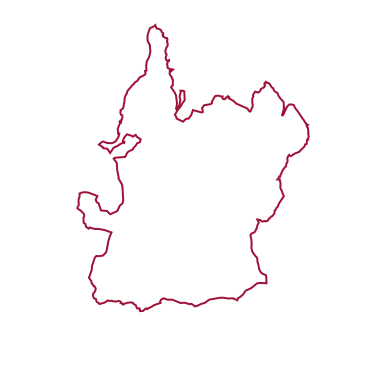 the district of Ilva Mica, Bistrita-Nasaud, Romania, rotated 23°
{"feature_id": "2599482B62914410963288", "entity_name": "Ilva Mica", "entity_type": "district", "adm_level": 2, "iso_a3": "ROU", "parent_name": "Romania", "parent_adm1": "Bistrita-Nasaud", "projection": "mercator", "projection_center": [24.67, 47.297], "detail": "fine", "context": "isolated", "style": "outline", "palette": "rose", "viewbox_px": 384, "rotation_deg": 23, "n_neighbors": 0, "source": "geoboundaries", "source_scale": "gbopen_adm2", "svg_char_len": 5930}
<svg xmlns="http://www.w3.org/2000/svg" viewBox="0 0 384 384"><g transform="rotate(23 192 192)"><path d="M239.1,296.3L241.3,294.8L244.2,291.4L247.1,289.1L250.0,284.3L258.9,278.5L262.3,277.0L266.6,276.0L271.1,273.9L276.0,273.9L275.9,271.8L277.4,269.7L279.1,266.2L279.9,261.9L284.1,257.3L287.6,250.7L289.4,249.5L296.2,246.9L293.7,241.5L292.5,239.7L289.6,239.7L287.1,239.3L284.0,236.8L280.9,232.1L279.6,230.8L277.9,227.5L277.1,226.8L275.8,226.4L271.0,223.5L268.4,220.1L267.5,217.2L265.6,213.3L262.8,209.1L262.9,207.2L264.6,205.4L265.5,204.0L265.7,199.6L265.2,197.1L265.4,193.8L262.7,191.8L263.0,191.5L264.3,191.8L265.3,191.0L267.9,191.7L268.7,191.5L270.1,190.3L271.8,190.1L273.1,188.4L273.1,186.4L273.7,186.0L274.5,183.6L275.1,183.3L276.1,180.3L276.0,178.5L275.3,177.0L275.9,176.0L276.0,173.5L276.6,172.6L276.6,168.4L278.2,159.9L276.1,158.1L274.0,155.6L273.3,155.3L271.7,153.6L270.2,149.7L269.4,148.2L268.7,147.8L268.0,146.2L265.7,147.1L266.2,145.3L266.1,143.8L267.2,143.4L266.9,142.1L267.0,136.4L267.8,133.0L268.6,131.6L267.8,129.3L268.1,127.2L267.6,125.4L266.5,123.8L266.5,121.3L267.0,119.9L267.8,120.5L268.7,120.5L269.8,119.3L270.1,118.5L272.0,116.0L274.8,113.4L277.7,106.2L277.6,103.9L278.8,103.0L277.5,98.8L278.5,98.3L277.9,97.0L277.8,95.4L276.0,92.7L276.2,92.3L273.7,87.7L272.9,87.5L272.1,86.5L272.4,85.1L271.0,85.4L270.8,84.5L268.9,83.8L266.7,82.0L265.0,81.2L257.8,76.4L253.9,74.3L251.9,72.3L250.8,72.2L247.5,73.3L246.5,75.3L246.2,76.4L245.9,83.0L246.0,84.1L245.5,86.1L245.1,86.1L244.7,85.9L244.7,84.3L243.8,78.0L243.3,78.1L241.9,74.7L241.0,73.3L236.4,71.2L234.1,69.7L231.9,67.4L229.3,67.2L228.1,66.7L226.5,65.3L226.4,64.8L224.7,64.6L221.0,62.1L219.1,61.8L218.6,62.2L216.9,61.7L216.3,63.6L216.8,63.7L217.0,65.4L217.8,65.8L217.2,67.8L215.1,70.3L215.3,71.0L215.1,73.0L214.4,74.3L213.4,74.8L211.0,74.8L210.3,77.9L210.3,79.0L211.2,80.3L210.9,81.9L211.2,82.9L212.7,86.4L213.8,87.8L214.5,89.9L214.2,91.4L214.3,93.2L214.6,93.9L213.8,95.4L212.0,94.8L211.6,94.2L210.5,93.6L198.2,93.3L194.3,91.9L189.6,91.4L189.2,90.3L188.5,90.9L187.5,89.9L186.1,92.7L186.6,94.0L186.2,93.6L185.0,94.2L183.5,94.0L182.8,92.1L181.2,92.8L178.9,92.9L177.8,93.5L176.0,94.5L175.4,97.2L175.1,100.2L175.2,101.7L175.6,102.4L175.0,103.7L169.3,107.4L168.4,110.8L169.2,111.6L170.4,113.5L170.7,114.1L170.5,114.5L169.4,115.1L160.9,116.2L161.2,121.4L160.2,125.7L158.0,127.0L156.2,130.8L149.1,130.4L148.3,129.1L146.1,127.7L146.7,122.6L148.3,116.6L148.4,114.5L149.4,110.4L145.6,102.4L144.2,102.2L143.4,102.9L141.8,103.2L142.8,105.1L142.9,107.0L143.4,109.0L143.7,109.8L145.1,111.5L145.7,113.2L146.5,117.0L146.3,119.3L145.2,121.8L144.7,121.4L144.3,118.6L143.3,115.7L139.4,109.2L136.9,107.0L131.8,103.7L132.0,102.2L132.7,101.4L130.4,95.8L129.5,95.6L128.1,93.9L126.4,93.0L125.1,91.8L124.8,90.5L126.7,86.7L125.3,86.8L124.1,87.6L123.8,88.3L123.4,87.4L121.3,87.3L120.8,87.0L120.0,85.2L119.3,84.6L119.0,83.8L118.9,82.6L119.6,80.0L119.3,79.5L117.8,81.0L116.6,80.5L115.3,78.9L114.9,75.3L114.4,75.3L113.3,74.2L112.2,72.3L112.2,70.3L112.0,70.1L111.9,69.4L112.4,66.9L112.1,65.9L111.7,65.6L111.5,64.5L110.4,63.7L109.8,62.2L110.0,61.7L109.3,60.5L108.9,60.1L108.1,60.6L106.9,60.5L104.4,60.1L103.7,59.0L104.2,58.8L103.4,57.0L101.7,56.7L100.4,55.2L98.2,54.8L95.4,55.2L93.0,52.7L92.5,54.0L89.3,57.8L89.5,61.9L90.0,65.3L90.5,67.0L91.0,67.6L91.4,69.0L92.7,71.0L94.4,71.9L94.9,72.7L96.0,73.3L96.6,75.1L98.4,78.0L99.1,80.1L99.8,84.5L99.3,89.9L99.6,90.4L100.3,93.1L100.7,93.8L100.9,94.8L102.6,97.7L102.4,98.5L101.5,98.9L102.9,101.1L103.1,101.8L101.2,104.7L99.8,105.9L99.0,107.2L98.7,109.3L98.4,109.7L98.3,111.1L97.2,112.5L96.2,114.6L96.1,115.6L95.4,116.7L94.0,121.5L93.5,122.7L93.1,124.9L93.5,126.3L93.1,129.8L93.5,132.3L94.7,135.9L94.8,137.4L95.2,138.3L95.9,141.9L94.2,144.8L94.8,145.7L95.0,146.9L96.3,148.6L97.9,148.6L98.7,150.1L99.3,155.1L98.3,154.3L97.8,155.5L98.7,155.8L98.8,156.3L98.9,163.0L100.8,166.0L101.1,167.1L102.3,166.7L102.8,170.1L102.0,174.9L100.8,176.7L99.0,178.5L94.5,180.1L90.5,180.2L88.9,182.2L87.8,184.7L92.4,185.6L92.6,186.1L93.3,186.3L96.6,185.4L97.8,185.6L101.4,188.1L102.4,182.6L103.5,180.7L105.6,178.5L106.4,177.0L109.2,173.6L110.3,173.5L110.3,172.3L108.5,172.2L108.3,171.7L108.3,169.1L108.7,166.9L109.7,164.3L114.4,163.8L115.9,164.2L117.8,161.4L119.2,162.5L120.7,163.0L124.1,163.4L124.6,166.4L122.4,168.7L122.1,171.0L120.8,174.9L121.0,175.8L117.6,179.7L117.0,181.8L116.9,184.7L116.6,185.9L107.5,190.7L106.9,192.0L111.4,194.6L114.8,201.4L118.6,206.9L118.9,208.1L124.2,212.1L125.6,213.7L131.8,226.3L132.5,229.5L130.8,233.1L130.8,238.2L129.6,240.0L125.4,244.4L123.2,243.7L121.3,242.7L115.3,244.5L110.5,238.9L108.2,238.6L106.4,236.8L106.5,232.7L97.2,233.0L94.7,233.6L92.4,234.6L90.4,235.9L89.0,237.4L89.7,238.3L90.5,241.5L90.4,242.9L91.5,245.7L92.3,246.8L92.9,248.6L92.6,250.5L92.7,251.6L95.3,252.5L96.5,252.5L100.7,254.2L101.7,255.3L102.2,256.4L102.1,257.8L102.7,259.4L104.4,262.8L106.3,263.0L108.1,265.5L111.2,266.1L111.8,264.6L114.8,264.4L117.6,263.7L119.9,262.7L126.1,261.2L133.7,260.7L133.7,265.2L134.3,270.3L136.0,277.8L136.5,281.2L134.8,285.4L131.0,287.6L128.9,288.3L128.2,290.5L128.9,299.5L130.1,302.5L130.7,311.3L134.0,313.3L135.5,315.4L136.7,315.8L138.4,317.2L139.2,316.9L141.0,318.4L141.5,320.1L141.4,322.2L140.7,324.4L141.0,325.5L142.8,327.8L143.7,328.3L144.8,328.0L145.5,328.1L146.6,329.8L147.4,330.4L149.4,330.6L150.6,331.3L154.7,328.0L155.8,326.6L156.6,324.9L159.0,324.4L160.7,323.4L162.4,323.4L164.9,322.5L167.1,320.9L169.1,320.8L170.5,321.6L170.2,322.1L171.6,322.1L172.7,322.6L173.0,322.3L173.2,321.2L175.3,319.9L175.8,319.1L178.8,317.6L181.0,317.1L181.9,317.8L184.8,318.3L186.6,320.5L188.1,320.4L189.1,319.6L190.1,320.6L190.3,321.5L190.7,321.9L191.4,321.7L193.5,320.5L194.3,318.5L195.0,317.4L195.4,317.0L196.5,317.4L197.3,316.0L200.3,312.6L201.2,311.0L206.4,306.3L205.5,305.5L205.5,303.5L207.2,301.0L211.8,300.6L215.9,298.8L224.6,298.7L228.8,296.7L233.2,296.3L235.3,295.2L238.1,295.7L239.1,296.3Z" fill="none" stroke="#9f1239" stroke-width="2"/></g></svg>